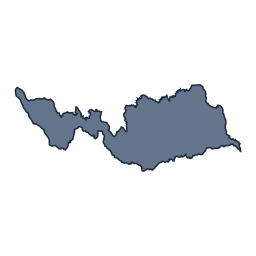 Amajari, Roraima, Brazil (Equal Earth projection)
{"feature_id": "56859067B25672649459605", "entity_name": "Amajari", "entity_type": "district", "adm_level": 2, "iso_a3": "BRA", "parent_name": "Brazil", "parent_adm1": "Roraima", "projection": "equal_earth", "projection_center": [-62.603, 3.725], "detail": "fine", "context": "isolated", "style": "filled", "palette": "slate", "viewbox_px": 256, "rotation_deg": 0, "n_neighbors": 0, "source": "geoboundaries", "source_scale": "gbopen_adm2", "svg_char_len": 5851}
<svg xmlns="http://www.w3.org/2000/svg" viewBox="0 0 256 256"><path d="M240.1,147.8L239.3,146.3L239.3,145.3L239.9,143.9L239.5,143.9L238.8,142.1L237.4,141.8L236.5,140.7L236.0,140.8L235.3,139.6L234.5,140.3L233.0,138.8L231.5,139.4L230.0,138.4L229.9,137.4L229.2,137.3L229.5,136.0L229.0,135.5L228.5,135.6L226.2,133.7L226.4,132.1L225.0,127.0L225.9,123.6L225.8,120.2L224.6,117.7L223.6,113.9L222.7,112.7L223.0,110.0L222.8,109.2L221.4,106.8L220.3,105.7L218.2,105.2L218.0,105.8L217.5,105.6L217.0,106.5L217.2,106.8L216.5,106.8L216.3,107.4L216.5,107.7L216.0,108.1L211.1,106.5L208.6,104.7L208.1,103.6L206.9,103.1L205.7,101.1L206.3,98.9L206.2,97.3L205.3,96.4L206.0,93.6L205.4,92.4L205.4,91.5L203.2,88.7L202.9,86.9L201.8,85.9L201.2,85.9L200.5,84.9L192.0,85.3L191.1,87.1L191.2,87.6L189.7,89.2L189.4,90.1L187.8,90.7L187.2,90.4L186.7,89.5L185.7,90.1L185.4,91.0L184.9,91.2L184.7,90.2L183.7,89.4L180.5,90.7L180.2,90.3L180.6,89.6L180.4,89.0L179.8,89.9L177.8,90.5L178.4,91.4L178.1,91.9L177.4,92.2L177.2,91.7L176.4,92.0L176.0,93.7L175.4,93.9L175.7,94.7L175.2,96.5L174.5,96.8L173.7,95.8L172.7,95.9L172.5,96.0L172.6,97.3L171.2,96.7L169.9,97.1L169.5,100.9L168.7,100.2L168.5,99.3L167.2,97.4L166.8,95.4L165.2,97.1L164.7,97.0L164.3,97.5L164.0,96.9L163.3,97.5L162.5,97.0L161.7,97.3L161.5,98.0L162.0,99.3L161.7,99.7L160.7,99.1L160.2,100.0L159.5,99.9L159.9,101.7L158.7,102.0L158.1,102.9L157.2,101.8L155.7,101.3L155.3,100.2L154.4,100.4L152.8,99.9L152.4,99.0L151.0,99.0L150.2,98.1L149.7,98.5L148.7,98.2L148.3,98.6L147.2,97.4L147.0,96.5L146.2,96.6L145.1,95.5L144.9,95.8L143.6,95.0L142.5,95.2L141.9,95.8L141.2,95.5L140.8,96.5L141.6,97.0L141.1,98.3L140.3,98.9L139.3,98.0L138.6,99.1L137.6,98.5L138.0,99.5L137.9,99.9L136.4,100.5L136.8,101.2L136.1,102.5L136.9,102.6L136.9,103.9L137.4,104.9L135.9,105.6L136.1,107.1L134.9,107.0L134.5,106.0L133.3,105.1L132.3,105.4L131.4,105.0L130.6,105.8L129.7,105.5L128.4,106.0L126.6,105.4L125.7,106.0L125.9,106.7L124.9,107.8L125.2,109.3L126.2,110.0L126.1,110.3L125.3,112.4L124.1,113.2L123.8,115.9L125.6,119.0L124.7,120.1L126.2,122.0L127.0,122.3L126.2,123.6L126.7,124.3L126.4,125.8L126.9,129.2L126.2,131.7L124.1,129.8L123.9,128.8L123.0,127.7L121.3,127.0L120.4,129.0L118.6,131.0L117.5,131.8L117.0,131.7L116.0,134.9L114.7,136.4L113.1,136.1L111.7,133.7L111.1,133.3L110.9,132.3L108.4,130.4L109.2,129.3L109.4,126.3L108.9,126.0L107.1,123.1L106.2,122.4L101.7,121.8L100.5,120.1L100.2,116.7L101.2,113.8L101.5,111.7L99.4,111.5L99.1,111.1L97.5,111.4L97.3,110.3L96.2,109.6L95.8,109.9L96.0,111.0L94.5,111.4L91.6,109.7L89.8,109.9L88.5,111.5L89.1,112.0L89.1,112.8L90.3,112.9L90.2,113.6L90.6,114.5L89.2,116.7L89.4,117.9L88.5,118.4L87.6,118.1L86.9,117.3L86.4,117.4L85.8,117.7L86.2,118.9L86.0,119.7L85.8,119.2L85.0,119.0L83.8,117.9L83.2,118.0L83.0,116.1L82.1,116.6L81.1,116.5L81.0,116.2L81.4,115.7L81.0,115.1L81.2,114.1L81.0,113.4L79.5,110.9L78.3,109.8L77.8,108.1L76.1,106.9L75.9,107.2L76.0,108.8L75.2,112.3L75.8,112.9L76.2,112.9L76.7,113.7L77.2,113.8L76.2,114.9L74.9,114.4L74.6,115.1L74.0,114.4L73.2,114.4L73.0,113.9L73.1,113.1L72.3,112.5L70.1,113.0L68.1,112.6L67.4,111.9L65.1,113.2L64.6,113.0L63.1,113.7L62.6,115.4L62.2,115.4L61.9,116.4L61.4,116.5L61.2,117.7L60.5,115.5L59.5,115.2L59.2,113.1L57.4,113.0L57.4,112.3L56.6,111.8L55.3,108.4L54.1,106.5L54.2,104.4L53.3,101.7L50.3,99.1L49.1,99.9L48.0,100.0L46.1,99.0L45.2,99.2L44.6,97.9L43.6,98.1L43.0,98.8L41.4,99.0L38.7,98.4L37.8,98.8L36.3,98.6L34.9,99.6L32.5,100.3L31.5,99.9L30.3,100.1L29.4,101.0L27.7,100.1L25.9,98.3L24.2,93.1L22.0,90.3L17.7,87.7L17.0,87.7L15.8,89.2L15.4,90.8L16.1,95.7L20.3,99.6L21.6,103.5L22.9,105.4L23.4,107.9L24.8,109.1L26.5,112.1L28.4,113.4L29.0,116.7L31.3,119.6L33.2,123.3L34.1,123.9L36.4,124.1L41.2,127.4L41.8,128.3L43.9,129.9L44.6,132.6L48.8,138.5L49.3,140.2L49.4,144.9L51.8,146.1L55.4,145.5L57.6,147.5L58.4,147.7L59.0,148.8L60.9,148.9L61.1,148.1L61.6,147.9L62.8,148.2L63.8,149.4L65.3,149.9L67.5,147.3L68.3,144.5L68.1,144.1L68.7,142.8L69.5,142.8L69.6,141.3L70.5,142.0L70.7,140.9L73.1,139.0L73.0,138.0L74.4,132.7L74.3,131.3L74.7,130.7L74.7,129.6L75.6,128.7L76.5,128.7L77.9,128.0L78.7,126.8L80.9,127.0L82.0,127.6L82.3,128.6L82.1,129.5L83.3,131.1L85.5,130.8L85.6,131.4L86.6,132.2L88.2,132.5L88.7,133.5L91.5,135.8L93.1,136.0L93.8,135.2L94.3,136.3L94.0,136.9L94.1,137.8L95.4,138.8L97.3,137.3L97.9,136.2L97.6,135.0L98.0,133.8L97.9,130.8L100.5,131.1L100.9,131.5L101.8,131.1L102.6,131.8L102.8,133.9L103.9,134.7L104.6,136.7L104.1,137.2L103.7,140.4L103.2,141.3L103.3,142.5L104.7,144.7L104.9,146.0L106.3,146.6L107.0,148.3L108.9,149.4L109.1,150.1L109.6,149.9L111.0,151.7L111.3,152.8L111.9,153.6L112.2,155.0L113.8,155.4L114.7,157.3L116.9,158.0L119.8,160.4L121.2,161.0L121.8,162.3L122.7,162.2L123.6,163.0L126.6,162.9L129.0,164.3L131.3,162.8L131.3,163.2L132.0,162.2L132.3,162.8L132.8,162.6L134.0,163.4L136.4,163.4L139.2,165.2L140.6,165.5L140.9,166.3L141.6,166.8L142.0,170.5L142.8,171.1L144.3,170.9L145.1,170.0L146.0,169.9L147.2,168.9L148.7,169.0L149.3,169.6L150.4,169.1L152.6,170.1L152.9,169.1L154.4,168.4L155.3,166.8L156.0,166.6L158.9,163.2L161.1,162.1L161.5,162.3L162.7,161.2L164.9,162.2L167.5,161.3L168.1,162.0L168.7,161.6L168.9,160.0L169.5,159.3L169.9,159.9L170.5,159.2L171.5,159.2L172.7,160.2L172.8,160.8L173.9,161.1L174.5,158.5L175.0,158.2L175.3,156.9L176.6,156.3L178.8,157.1L180.2,157.1L181.0,156.7L181.2,156.0L181.9,156.3L182.3,157.0L183.9,156.3L185.8,154.5L186.4,156.3L187.5,157.9L188.6,157.6L189.1,158.0L189.4,157.5L190.6,158.4L190.8,157.8L191.4,158.0L192.1,157.4L193.2,155.6L193.8,155.8L194.8,155.0L197.5,154.9L198.9,153.8L200.5,154.6L202.2,154.5L204.9,151.3L206.6,148.3L207.5,147.8L210.4,147.5L212.1,148.9L216.1,148.3L218.1,148.5L221.9,145.6L223.0,145.7L223.5,146.6L224.0,146.8L225.5,145.5L227.1,145.8L229.8,145.2L230.4,144.5L231.5,144.2L232.8,144.3L233.9,145.7L235.4,146.1L236.9,147.4L237.5,148.6L239.1,149.4L240.0,150.8L240.6,151.2L240.1,147.8Z" fill="#64748b" stroke="#1e293b" stroke-width="1.5"/></svg>